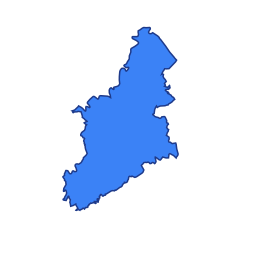 outline of Kota Banjar, Jawa Barat, Indonesia, rotated 301°
{"feature_id": "22746128B64728543729693", "entity_name": "Kota Banjar", "entity_type": "district", "adm_level": 2, "iso_a3": "IDN", "parent_name": "Indonesia", "parent_adm1": "Jawa Barat", "projection": "orthographic", "projection_center": [108.553, -7.381], "detail": "fine", "context": "isolated", "style": "filled", "palette": "blue", "viewbox_px": 256, "rotation_deg": 301, "n_neighbors": 0, "source": "geoboundaries", "source_scale": "gbopen_adm2", "svg_char_len": 5765}
<svg xmlns="http://www.w3.org/2000/svg" viewBox="0 0 256 256"><g transform="rotate(301 128 128)"><path d="M222.4,100.1L221.0,99.4L220.2,98.4L220.0,97.4L220.4,96.6L221.1,96.1L224.4,96.1L225.1,95.6L225.3,95.2L225.3,94.8L223.3,91.9L222.3,89.8L221.1,88.9L218.0,87.6L216.7,86.7L215.5,87.2L213.6,88.8L212.2,89.2L211.8,89.2L210.9,88.6L208.7,84.9L208.2,84.7L207.6,85.0L207.2,85.4L207.0,86.0L207.3,90.2L207.0,92.3L206.6,93.0L206.2,93.3L205.4,93.3L204.7,93.2L201.8,92.0L197.8,89.8L196.8,89.9L195.1,91.0L194.2,91.4L190.5,92.0L188.2,93.3L187.6,93.5L184.2,93.4L182.8,93.6L181.3,93.3L180.4,92.5L179.6,92.3L179.4,92.5L179.0,93.2L178.8,94.9L178.9,95.5L180.1,96.9L180.2,97.2L180.0,97.6L179.6,97.7L178.6,97.8L177.3,97.7L176.1,97.4L175.9,97.2L175.9,96.5L176.8,95.4L177.0,94.8L176.9,93.5L176.1,92.1L175.5,91.8L173.5,91.6L171.9,92.0L167.8,94.0L164.7,95.8L161.7,98.1L160.6,98.2L159.2,98.0L157.8,97.0L156.1,95.3L155.6,94.9L155.0,95.0L154.3,95.9L153.9,95.9L153.6,95.7L153.5,94.8L153.8,93.1L153.6,92.7L153.0,92.4L152.3,92.2L150.8,92.4L148.8,93.7L148.2,94.2L147.0,95.9L145.1,97.4L145.1,95.6L144.7,94.0L141.6,87.9L141.0,87.3L140.5,87.1L137.9,87.6L137.3,87.3L137.2,87.1L137.6,83.6L137.6,82.8L137.2,82.0L136.5,81.7L132.9,80.6L129.5,80.0L128.8,80.1L128.2,80.6L127.4,83.2L126.7,84.3L126.3,84.6L125.9,84.6L125.6,84.4L125.4,82.0L124.8,81.0L123.8,81.3L122.0,82.5L120.9,82.9L120.6,82.8L120.5,82.1L121.3,79.4L121.6,77.7L121.5,74.3L120.6,74.3L115.9,73.0L113.9,71.3L113.9,71.5L114.0,72.2L113.9,72.4L113.1,72.5L112.9,73.1L114.2,73.8L115.6,76.0L116.5,76.6L117.7,79.4L114.7,82.8L113.6,83.3L113.4,85.5L112.9,87.0L112.8,88.9L112.5,89.5L111.8,88.8L109.8,87.8L109.3,90.2L109.5,90.3L109.5,90.9L108.1,90.6L107.2,90.8L105.2,91.7L103.6,91.9L100.9,90.8L100.1,90.6L98.2,90.8L97.4,91.3L97.2,91.5L97.4,93.1L96.5,94.5L96.8,95.6L96.5,96.3L94.8,96.4L94.0,96.7L93.2,97.9L92.4,98.3L92.3,98.7L91.9,98.8L91.5,99.9L91.0,99.8L90.1,100.9L89.5,101.2L88.0,102.5L85.2,106.1L83.1,106.1L79.6,105.1L78.1,105.7L76.5,105.5L75.7,105.7L74.1,105.6L71.6,104.4L71.1,103.0L70.5,102.2L69.8,101.8L69.0,101.8L68.2,102.2L66.9,104.1L65.3,105.8L64.6,106.0L64.2,106.0L63.7,105.6L63.1,104.7L63.0,104.4L63.2,103.6L62.9,102.9L62.1,102.6L60.9,102.9L59.9,102.8L59.4,102.6L59.0,102.0L58.9,101.3L60.3,98.6L60.1,97.6L59.6,96.7L58.8,96.7L57.8,97.0L56.2,97.1L55.8,97.2L54.7,98.0L52.8,97.3L52.3,97.7L51.4,100.0L50.4,100.6L50.1,102.2L48.6,103.2L48.0,103.9L47.6,104.0L43.2,104.1L40.8,105.1L40.6,105.4L40.7,105.7L41.3,106.1L42.4,106.2L42.6,106.6L42.3,107.3L40.9,108.7L40.3,109.0L38.9,109.3L36.9,109.3L35.6,109.4L35.2,109.8L33.5,109.1L33.1,109.4L33.1,110.1L34.0,112.3L38.5,111.9L38.8,112.0L38.9,112.5L37.4,113.9L36.9,115.5L34.4,116.4L33.3,117.6L31.4,119.2L33.3,120.9L35.9,122.4L35.2,123.0L33.3,126.5L31.4,125.8L30.7,125.8L30.9,126.3L32.3,127.2L32.7,128.5L32.7,129.2L33.4,129.2L34.4,130.2L36.0,130.7L36.3,131.3L36.1,132.2L36.1,132.5L37.9,132.5L38.4,133.1L38.6,133.7L39.6,134.3L40.2,133.8L40.8,133.9L41.3,134.2L42.0,133.9L42.4,134.2L43.0,134.1L43.6,134.6L44.4,134.7L44.7,135.6L45.6,136.2L45.8,136.6L46.2,136.7L46.6,137.6L46.5,138.9L46.9,139.3L47.4,139.1L47.9,138.4L47.4,137.2L47.7,137.0L48.4,138.4L49.0,138.9L48.9,140.1L49.1,140.6L49.3,140.6L49.9,140.2L51.7,139.9L51.7,139.1L51.0,139.2L50.6,139.0L50.8,138.5L51.2,138.2L51.7,138.4L52.4,139.2L53.4,139.8L53.7,139.7L54.7,138.6L55.6,138.8L55.8,139.1L56.4,138.7L56.8,138.7L57.2,139.2L57.2,139.7L56.6,141.2L56.7,141.7L57.6,141.9L58.7,143.1L58.9,143.2L59.7,142.7L60.1,143.3L65.5,146.1L66.5,147.2L67.2,148.8L67.9,148.8L68.3,149.2L68.5,149.4L68.4,149.6L68.6,149.8L73.0,151.6L73.9,152.4L75.1,152.8L75.6,152.8L76.3,152.5L76.7,152.7L77.5,152.6L78.9,153.2L79.6,152.9L79.8,153.2L79.7,154.0L80.8,154.9L81.8,155.1L82.9,154.7L84.1,154.8L86.3,153.9L87.3,154.1L88.0,155.9L88.8,156.2L89.2,159.3L90.5,160.4L96.6,163.3L97.9,163.6L100.2,163.2L101.2,161.5L102.7,158.8L103.2,158.7L104.6,159.2L106.5,159.4L107.7,160.9L108.1,161.9L109.1,162.7L109.2,164.2L108.8,165.0L108.9,165.4L109.7,166.2L110.8,166.5L111.1,166.8L111.4,167.6L111.2,169.2L111.7,169.4L113.5,169.4L115.5,167.7L116.3,166.7L117.1,166.4L117.2,167.6L116.8,170.7L117.0,171.9L117.2,172.2L118.0,172.4L121.0,172.7L121.8,175.6L122.2,176.5L123.3,178.1L124.2,177.6L125.3,177.3L126.2,176.7L126.7,176.7L127.6,177.1L127.8,178.0L127.7,178.6L127.9,181.2L127.1,184.7L128.1,184.5L129.3,184.7L130.6,184.7L131.6,184.3L135.1,180.6L138.9,177.6L139.7,176.6L137.4,173.9L137.4,173.1L137.6,171.6L137.2,170.9L137.1,170.5L137.2,170.1L137.7,169.5L138.2,169.2L139.4,169.1L139.8,168.8L140.6,168.5L141.3,167.7L141.5,164.7L142.0,164.7L144.1,164.1L146.2,164.1L146.6,163.8L147.6,163.6L147.5,162.3L148.1,161.6L148.1,161.3L148.4,160.8L150.7,160.3L152.0,160.7L152.7,159.8L152.4,158.4L153.5,157.8L153.6,157.6L154.1,157.5L154.4,157.3L156.3,154.5L156.6,153.7L156.5,153.2L155.9,152.4L154.9,151.2L154.0,151.2L153.0,150.8L152.6,150.1L152.5,148.1L152.1,147.2L151.7,145.3L152.2,142.4L152.6,142.2L153.8,143.0L157.5,141.4L159.3,141.1L161.5,141.1L160.7,142.5L162.1,143.2L163.5,144.4L165.9,147.9L166.6,148.7L167.4,149.2L168.4,150.5L169.2,150.4L169.8,150.6L171.5,151.6L173.4,152.4L174.9,152.6L176.6,153.3L177.5,151.7L177.5,151.1L177.7,150.8L177.6,150.5L177.6,149.4L178.3,148.1L178.3,145.6L178.1,144.4L178.4,143.9L179.1,144.6L179.5,143.6L179.2,142.1L179.6,140.6L180.0,140.6L180.4,140.6L182.0,142.4L182.0,142.8L182.4,143.0L183.6,143.0L183.8,143.3L184.1,143.3L184.6,142.9L184.5,142.1L185.5,142.1L185.8,141.7L183.1,140.9L182.6,137.8L183.7,138.1L184.1,137.8L185.0,136.3L187.6,136.8L188.6,135.1L189.4,132.7L190.4,131.4L191.2,131.2L192.2,130.8L192.0,129.4L191.6,129.2L194.7,128.8L195.7,129.0L197.7,128.9L198.4,130.3L200.0,132.6L209.3,134.7L211.2,134.7L211.9,132.2L212.5,130.8L214.5,124.7L217.6,118.0L220.7,110.2L221.0,108.8L221.6,108.2L221.9,107.4L222.2,105.9L222.4,100.1Z" fill="#3b82f6" stroke="#1e3a8a" stroke-width="1.5"/></g></svg>